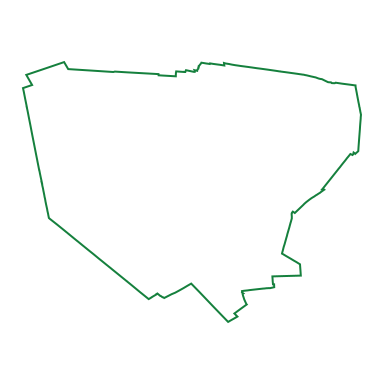 the district of Veendam, Groningen, Netherlands
{"feature_id": "6326949B95806506619250", "entity_name": "Veendam", "entity_type": "district", "adm_level": 2, "iso_a3": "NLD", "parent_name": "Netherlands", "parent_adm1": "Groningen", "projection": "robinson", "projection_center": [6.889, 53.081], "detail": "fine", "context": "isolated", "style": "outline", "palette": "green", "viewbox_px": 384, "rotation_deg": 0, "n_neighbors": 0, "source": "geoboundaries", "source_scale": "gbopen_adm2", "svg_char_len": 5363}
<svg xmlns="http://www.w3.org/2000/svg" viewBox="0 0 384 384"><path d="M246.7,304.5L246.6,304.4L246.0,303.3L245.0,301.1L244.5,300.0L244.2,299.3L243.8,298.0L243.1,295.9L242.6,294.0L242.6,293.8L242.6,293.6L243.2,293.4L242.7,293.0L242.2,292.6L242.3,292.5L242.3,292.4L242.2,292.3L242.1,292.2L242.1,291.9L242.0,291.1L243.8,290.8L247.6,290.4L249.6,290.1L254.0,289.6L258.4,289.1L263.0,288.6L264.4,288.5L266.9,288.2L270.3,288.1L274.2,287.2L274.1,284.3L273.0,284.3L272.7,281.3L272.6,279.2L272.4,276.6L272.4,276.4L300.8,275.6L300.5,271.1L300.0,264.3L296.3,262.0L294.2,260.8L291.7,259.3L291.4,259.1L288.3,257.3L285.9,255.9L283.6,254.5L282.0,253.6L282.3,252.3L282.7,250.9L283.2,249.0L283.2,248.9L283.8,246.6L284.5,244.5L286.4,237.7L287.0,235.7L287.3,234.3L287.8,232.6L288.3,230.9L289.5,226.8L289.6,226.3L290.7,222.3L290.8,222.1L291.4,219.9L291.7,218.8L291.8,218.5L291.8,218.1L291.8,216.7L291.8,216.1L291.7,215.3L291.7,214.7L291.6,213.9L291.7,213.7L291.8,213.3L291.9,213.2L291.9,212.9L292.0,212.8L292.0,212.7L292.8,211.6L293.0,211.7L294.4,212.7L294.8,213.0L294.9,212.9L301.5,206.6L303.5,204.7L303.8,204.3L304.0,204.1L304.3,203.9L304.5,203.7L304.7,203.4L305.0,203.2L305.5,202.8L306.0,202.3L309.6,199.5L310.2,199.1L310.5,198.9L310.7,198.7L312.2,197.7L314.4,196.4L314.8,196.1L315.2,195.8L315.5,195.6L315.9,195.3L316.3,195.1L316.8,194.8L317.3,194.5L318.3,193.8L318.8,193.5L319.3,193.2L319.7,193.0L320.8,192.1L323.7,190.0L324.2,189.7L323.8,189.4L323.5,189.4L323.0,189.2L322.8,189.2L322.3,189.2L322.9,188.5L337.0,170.8L337.8,169.8L338.4,169.0L340.0,167.1L341.2,165.5L343.1,163.1L344.9,160.9L346.0,159.5L346.8,158.4L348.8,156.0L350.4,154.0L351.7,154.6L352.5,155.0L353.3,154.2L353.5,153.1L353.5,152.9L353.6,152.5L354.7,153.3L355.1,153.5L355.3,153.8L356.5,152.7L356.8,152.5L357.1,152.2L357.9,151.5L358.0,151.4L358.1,151.2L358.3,151.0L358.3,150.9L358.3,150.7L358.5,147.5L358.9,142.1L359.6,132.9L359.9,129.2L360.0,127.3L360.2,124.5L360.5,120.9L360.7,118.6L360.7,117.8L360.9,115.5L361.0,114.8L360.8,113.9L360.7,113.4L360.6,112.8L360.3,111.7L360.3,111.2L360.2,110.8L360.0,109.9L359.6,107.5L359.5,107.2L359.4,107.0L359.2,106.0L359.2,105.8L359.1,105.1L358.9,104.2L358.8,103.7L358.6,102.8L358.4,101.8L358.2,100.7L357.7,98.1L357.7,97.9L357.6,97.7L357.4,96.5L357.3,95.9L357.2,95.4L357.1,95.0L356.8,93.2L355.8,88.1L355.7,87.7L355.7,87.4L355.6,87.0L355.6,86.6L355.5,85.4L355.2,85.4L353.7,85.2L350.1,84.7L342.3,83.7L339.6,83.3L335.6,82.7L335.4,82.8L335.2,83.0L334.8,83.2L334.6,83.2L334.3,83.2L333.6,83.2L332.7,83.1L332.2,83.1L331.9,83.1L331.6,83.0L331.5,82.9L331.4,82.7L331.2,82.5L331.0,82.4L330.8,82.4L330.7,82.3L329.5,82.3L328.4,82.2L328.2,82.2L327.9,82.1L323.0,79.7L322.7,79.5L322.2,79.3L322.0,79.2L321.7,79.1L320.7,79.0L319.7,78.8L319.4,78.7L318.9,78.6L318.0,78.3L315.9,77.5L315.6,77.4L314.6,77.2L313.3,76.9L311.0,76.4L309.0,75.9L308.6,75.8L306.9,75.4L306.0,75.2L305.8,75.2L304.9,75.0L304.4,74.9L303.8,74.7L302.6,74.6L300.7,74.3L299.1,74.1L297.9,73.9L297.2,73.8L292.9,73.2L292.1,73.1L288.6,72.6L284.9,72.1L283.3,71.9L280.3,71.5L280.2,71.4L279.5,71.4L276.4,70.9L268.1,69.7L260.8,68.7L256.8,68.2L254.1,67.8L251.3,67.4L251.2,67.4L248.4,67.0L247.7,66.9L246.9,66.8L245.4,66.6L244.7,66.5L242.3,66.2L240.8,66.0L238.2,65.6L235.3,65.2L231.8,64.6L229.0,64.0L226.4,63.6L225.7,63.5L224.0,63.0L224.1,63.8L224.2,64.7L224.3,65.5L219.3,64.7L218.4,64.6L213.1,63.9L210.0,63.4L209.8,64.0L207.9,63.7L206.3,63.5L204.0,63.1L201.4,62.7L201.2,63.1L201.0,63.4L200.8,63.7L200.6,63.9L200.5,64.1L200.4,64.2L200.3,64.3L200.1,64.5L199.8,64.9L199.7,65.1L199.3,65.5L198.9,65.9L198.7,66.0L198.6,66.4L198.6,66.5L198.7,66.9L198.8,67.0L198.6,67.3L198.4,67.4L198.3,67.5L198.4,68.1L198.4,68.4L198.4,68.6L198.0,68.9L197.9,69.1L197.7,69.4L197.6,69.5L197.4,69.6L197.3,69.8L197.3,70.2L197.2,70.8L195.4,70.4L194.6,70.2L194.7,70.4L194.8,70.6L195.0,70.9L195.0,71.0L194.9,71.2L194.8,71.8L194.5,71.8L194.3,71.8L194.1,71.9L186.0,70.2L185.6,71.2L185.3,72.0L184.5,72.0L184.5,71.9L183.9,71.8L183.1,71.9L180.2,71.7L178.9,71.6L176.2,71.4L176.0,72.5L175.9,73.0L175.9,73.5L175.8,75.4L175.8,76.3L175.6,76.3L158.6,75.3L158.5,74.1L128.0,72.4L115.1,71.6L114.7,71.6L113.8,71.9L113.2,72.0L91.8,70.6L68.2,69.1L64.1,62.1L44.1,68.9L26.3,74.9L32.1,85.0L23.0,88.1L23.8,91.8L25.1,98.5L26.8,106.9L26.7,106.9L27.5,110.5L28.4,115.1L28.6,116.2L30.5,125.8L32.2,134.7L34.2,144.8L36.0,154.0L37.2,160.0L37.4,161.1L39.2,170.2L39.3,170.2L39.8,172.7L39.8,172.9L40.2,174.7L40.6,176.7L41.9,182.7L41.7,182.6L41.8,183.0L42.1,184.2L42.1,184.5L42.5,186.4L42.6,186.8L43.0,188.5L43.4,190.7L43.4,190.8L43.8,192.6L43.8,192.8L44.0,193.6L44.1,194.3L44.2,194.6L44.6,197.0L45.0,198.6L45.2,199.7L45.4,200.9L45.6,202.1L45.7,202.4L45.9,203.5L46.0,204.0L46.3,205.4L46.5,206.3L47.1,209.0L47.4,210.8L48.1,213.9L48.3,215.1L48.9,218.0L49.9,218.9L57.5,224.9L64.9,230.9L74.9,239.1L88.3,250.0L93.3,254.0L95.0,255.4L98.5,258.3L99.6,259.2L102.1,261.2L104.2,262.9L105.8,264.2L114.8,271.5L115.8,272.3L131.8,285.3L140.5,292.5L141.4,293.2L148.7,299.1L149.4,298.7L151.7,297.3L151.7,297.2L153.9,295.9L156.8,294.2L156.6,294.0L157.4,293.5L160.4,296.0L160.9,296.1L161.1,296.2L161.3,296.3L162.3,297.1L162.5,297.2L162.7,297.3L163.1,297.3L163.4,297.4L163.6,297.5L164.0,297.8L164.2,298.0L168.7,295.7L171.6,294.2L175.2,292.7L179.6,290.3L183.7,288.0L187.2,285.9L191.2,283.6L199.3,291.9L214.0,307.3L228.1,321.9L237.4,316.6L234.4,313.5L240.6,308.9L246.7,304.5Z" fill="none" stroke="#15803d" stroke-width="2"/></svg>